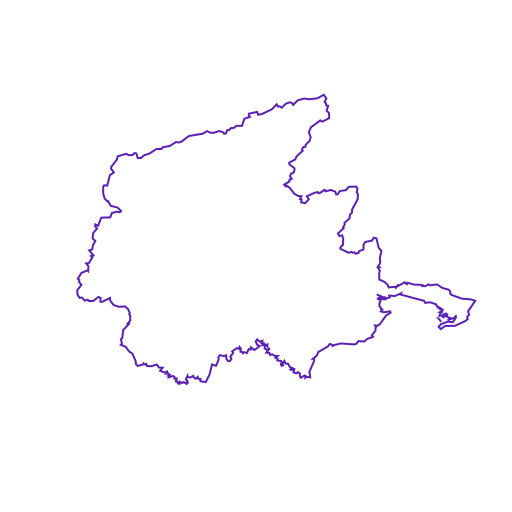 the district of Friuli Venezia Giulia, Udine, Italy, rotated 334°
{"feature_id": "23120603B53770696546298", "entity_name": "Friuli Venezia Giulia", "entity_type": "district", "adm_level": 2, "iso_a3": "ITA", "parent_name": "Italy", "parent_adm1": "Udine", "projection": "natural_earth1", "projection_center": [13.386, 46.114], "detail": "fine", "context": "isolated", "style": "outline", "palette": "violet", "viewbox_px": 512, "rotation_deg": 334, "n_neighbors": 0, "source": "geoboundaries", "source_scale": "gbopen_adm2", "svg_char_len": 6144}
<svg xmlns="http://www.w3.org/2000/svg" viewBox="0 0 512 512"><g transform="rotate(334 256 256)"><path d="M251.5,388.9L253.3,383.4L262.0,376.0L263.2,373.9L262.1,373.3L267.1,372.1L269.9,369.6L281.0,368.8L283.7,367.4L285.3,368.9L285.6,371.5L285.4,369.9L293.9,371.8L305.5,378.5L307.7,378.9L310.7,377.4L315.8,380.3L319.8,379.3L325.7,380.0L325.3,378.1L330.8,375.4L332.0,372.8L333.7,372.0L331.7,369.8L334.2,371.8L337.1,371.7L347.1,366.4L352.1,366.0L352.3,364.5L346.2,362.6L344.0,360.5L346.1,359.5L345.1,358.4L345.6,357.2L344.9,355.5L346.1,352.8L350.5,348.9L351.7,350.9L351.9,351.0L350.6,348.4L348.9,349.8L347.2,348.8L346.8,347.9L347.5,347.5L348.4,348.4L349.6,346.8L351.0,347.5L347.7,343.4L353.0,349.7L354.5,349.4L353.3,350.3L353.5,351.3L358.0,351.8L358.3,349.9L363.3,352.9L369.7,353.1L368.7,353.7L387.5,370.1L387.5,372.3L392.3,374.0L396.7,378.4L396.4,379.7L400.3,386.2L398.0,388.3L397.3,387.6L398.1,387.1L396.5,387.1L397.0,387.6L394.7,390.2L398.7,391.3L397.1,392.4L397.5,393.3L399.6,392.6L399.7,390.8L401.3,391.2L400.9,391.9L401.7,391.2L402.3,392.4L400.8,394.1L403.7,397.2L403.2,397.9L402.1,397.3L401.2,397.6L401.3,397.7L407.1,398.5L410.2,397.1L408.2,398.5L409.2,399.3L407.0,398.8L406.5,400.1L405.6,399.8L406.6,400.2L403.8,401.8L399.9,399.2L392.5,398.3L389.2,399.6L390.0,402.7L395.4,401.8L404.2,406.0L416.0,406.2L418.6,405.5L419.1,403.4L421.8,402.1L422.4,398.6L433.4,392.4L430.4,389.4L422.3,384.6L414.6,376.6L414.0,375.0L415.0,373.6L414.6,370.9L409.6,366.5L406.2,360.9L399.5,358.6L398.6,357.1L395.1,357.4L392.5,356.0L393.1,355.5L391.5,354.1L385.8,351.2L380.2,346.3L379.1,347.4L378.0,344.8L370.9,345.2L370.8,344.4L367.8,345.9L367.8,344.7L361.5,342.4L361.7,339.1L359.8,335.1L356.5,331.3L359.4,325.0L360.9,323.6L360.4,319.8L361.8,320.1L361.0,319.0L364.6,316.7L366.7,311.7L370.9,306.5L369.9,302.3L372.0,293.0L369.9,291.2L366.8,293.0L360.3,291.2L357.6,293.0L355.4,297.3L350.8,296.8L349.4,298.2L346.5,297.6L346.1,295.9L344.2,295.4L343.6,294.1L340.7,293.8L335.0,286.5L335.9,285.0L339.0,284.2L341.9,278.8L342.5,275.2L339.7,274.7L339.5,271.7L347.0,269.4L346.8,268.5L349.7,266.4L350.1,264.9L356.4,263.3L358.8,259.9L361.5,258.9L362.7,256.4L372.2,249.6L374.6,245.5L374.5,242.6L376.6,240.4L376.5,237.5L369.7,234.5L365.7,236.2L359.9,234.4L356.5,236.3L355.1,235.9L355.4,232.9L352.1,229.4L346.8,228.4L346.7,226.6L340.9,227.4L339.6,226.9L339.6,225.7L336.8,224.9L327.9,224.6L328.3,228.2L323.3,230.1L320.1,227.6L321.7,225.3L320.5,224.2L323.0,222.2L320.3,220.6L317.7,216.8L316.2,209.5L314.4,206.3L313.5,206.7L312.6,204.2L318.7,203.7L319.5,202.1L321.9,202.2L321.6,199.0L323.7,197.3L326.6,197.5L328.7,195.0L329.0,193.8L326.2,188.3L326.7,186.7L333.6,186.4L336.2,184.2L344.1,181.9L344.0,180.3L346.3,178.8L348.3,179.5L349.4,177.8L354.7,176.0L357.3,173.0L357.7,168.0L361.8,164.4L373.3,162.3L374.4,164.3L382.2,164.2L384.3,159.6L383.2,156.3L386.7,152.6L385.2,151.6L385.8,149.3L385.1,147.7L388.3,145.2L387.6,140.8L380.3,141.2L372.0,138.2L368.4,135.6L361.7,134.4L355.7,136.4L355.3,134.1L353.7,132.7L349.6,132.2L344.2,134.0L342.8,131.8L341.4,131.5L341.1,128.7L334.6,131.1L323.7,131.0L319.8,130.0L320.2,127.0L312.0,125.0L311.1,126.5L311.6,128.3L305.7,127.6L300.4,132.9L295.2,130.3L292.7,131.2L289.1,130.0L287.3,131.1L285.4,130.2L282.6,132.7L280.9,132.2L280.9,130.6L277.7,127.5L272.3,126.8L269.0,125.2L266.7,122.3L261.6,122.7L248.2,118.7L239.6,120.5L236.6,120.3L234.2,118.5L226.7,119.3L219.8,117.4L218.1,118.4L213.4,116.2L204.9,117.2L199.6,116.4L195.6,117.5L192.6,116.1L193.4,111.4L191.9,110.2L189.4,111.2L185.8,109.6L184.1,107.2L175.5,105.8L173.1,108.4L164.9,112.5L164.0,114.0L164.9,118.6L160.2,119.2L153.1,127.5L150.5,125.9L149.0,126.8L146.0,133.0L145.2,138.0L146.3,141.7L147.1,141.8L147.4,147.1L152.7,151.7L154.5,156.3L152.8,157.0L150.1,155.1L145.3,154.2L142.0,157.4L133.7,153.7L127.4,159.6L125.4,157.2L124.5,158.7L125.1,161.7L119.8,163.9L116.8,168.6L118.2,172.0L114.0,175.0L111.7,178.3L108.5,177.8L110.2,184.1L107.7,183.8L108.5,185.4L102.6,189.1L100.1,188.2L100.9,191.7L98.6,196.0L98.3,195.0L91.6,194.7L85.8,198.4L86.7,200.1L85.6,201.7L86.4,205.4L80.4,208.4L78.6,212.4L79.2,216.4L81.4,217.0L82.4,220.9L85.7,221.6L85.9,223.1L89.9,225.1L96.5,223.7L98.0,225.6L96.1,228.7L97.5,229.8L106.4,229.7L105.4,232.2L106.5,237.6L110.4,241.5L116.3,244.0L117.7,247.5L117.6,251.7L116.4,253.0L116.9,254.2L114.7,258.8L111.0,260.6L112.0,261.2L110.3,262.1L104.2,264.3L99.7,271.2L98.1,271.6L97.0,276.2L95.6,276.6L99.2,280.7L100.0,286.0L102.1,289.5L101.8,297.4L100.7,300.6L101.5,303.0L107.0,304.0L107.8,303.2L108.3,304.6L110.1,304.9L109.7,307.0L113.4,309.1L119.3,310.1L119.9,313.7L123.1,315.5L119.5,317.1L122.7,320.7L125.4,320.7L125.3,322.5L124.4,322.7L125.7,323.2L126.0,324.8L125.3,325.0L126.2,325.3L124.5,326.8L128.7,327.4L129.7,329.2L129.0,330.6L131.0,331.4L129.0,333.6L130.4,334.5L129.9,336.4L131.5,337.4L132.4,335.7L134.1,337.8L135.9,337.6L137.3,340.4L138.6,340.5L139.1,340.0L138.3,339.1L139.7,338.3L138.9,336.0L141.8,333.8L141.5,334.6L143.6,336.4L147.1,336.2L146.8,337.6L148.0,339.9L150.7,339.1L150.4,341.2L152.2,342.2L151.1,344.2L155.6,347.3L162.2,342.2L169.0,334.2L171.9,337.2L177.1,332.6L177.8,330.5L180.1,329.3L183.3,331.9L185.6,332.1L184.3,335.6L184.9,338.2L186.5,339.0L188.8,337.8L188.8,335.2L193.0,333.1L192.8,331.3L198.2,330.4L200.0,332.0L201.3,330.5L201.8,332.5L200.1,335.2L201.7,336.4L201.7,337.7L203.2,337.3L205.3,339.2L208.6,336.5L210.2,337.8L211.4,335.9L213.4,339.8L217.7,339.0L219.9,338.4L218.2,336.5L218.3,332.6L220.5,331.5L221.8,334.5L224.4,335.1L222.6,336.6L223.3,338.1L225.6,337.3L223.1,339.0L227.6,340.5L226.5,342.2L225.4,340.5L224.2,340.8L223.3,342.8L224.8,345.7L225.8,345.9L226.7,344.3L227.2,345.3L222.9,347.4L225.5,349.0L225.3,351.2L227.5,351.5L229.0,353.9L231.7,355.3L228.9,356.1L230.3,357.7L229.4,359.3L232.5,361.3L232.5,363.0L230.8,364.2L230.9,365.9L232.4,366.1L232.7,364.3L235.5,362.7L235.3,365.4L237.6,366.9L237.8,370.7L239.3,372.3L237.2,373.1L239.0,374.7L240.1,373.8L240.9,374.5L238.7,377.1L241.1,379.3L242.9,378.8L243.9,380.8L242.8,383.4L243.1,385.2L247.1,384.6L247.8,385.3L246.9,387.1L248.6,386.8L251.5,388.9ZM398.0,383.3L397.5,383.1L398.7,385.6L398.0,383.3ZM393.5,396.3L392.8,392.4L392.7,392.3L393.5,396.3Z" fill="none" stroke="#5b21b6" stroke-width="2"/></g></svg>